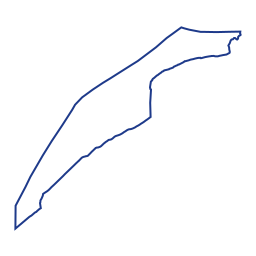 outline of Makanza, Équateur, Democratic Republic of the Congo
{"feature_id": "63176286B16264123188485", "entity_name": "Makanza", "entity_type": "district", "adm_level": 2, "iso_a3": "COD", "parent_name": "Democratic Republic of the Congo", "parent_adm1": "Équateur", "projection": "albers", "projection_center": [19.154, 1.264], "detail": "fine", "context": "isolated", "style": "outline", "palette": "blue", "viewbox_px": 256, "rotation_deg": 0, "n_neighbors": 0, "source": "geoboundaries", "source_scale": "gbopen_adm2", "svg_char_len": 2722}
<svg xmlns="http://www.w3.org/2000/svg" viewBox="0 0 256 256"><path d="M150.6,117.0L150.2,102.8L151.0,89.6L150.6,89.2L150.4,89.0L150.5,88.9L150.3,88.3L150.0,87.4L150.3,85.3L150.9,81.6L151.6,80.9L152.1,80.4L152.0,80.2L152.8,78.9L154.4,77.7L155.5,76.7L157.0,75.4L157.6,75.2L158.2,74.7L159.6,73.6L161.0,72.7L162.2,71.6L163.2,71.2L163.4,71.2L163.7,70.9L164.2,70.4L166.0,70.0L167.6,69.6L168.8,69.3L169.1,69.2L169.3,68.9L171.4,68.2L173.0,67.6L173.9,66.7L174.0,66.7L176.3,65.6L176.5,65.5L176.9,65.4L177.6,65.1L178.1,64.7L178.3,64.5L179.0,64.5L183.7,62.1L183.8,61.9L184.8,61.2L185.0,61.3L188.8,60.3L189.5,60.0L189.8,59.9L190.7,59.6L193.3,59.1L194.6,58.7L196.7,58.2L198.3,57.9L198.9,57.9L200.4,57.8L200.6,58.0L200.8,58.2L201.5,58.1L205.1,57.1L206.7,56.8L209.0,56.4L211.2,56.1L211.4,56.0L211.7,56.0L212.2,56.0L213.8,55.9L214.7,56.2L215.3,56.3L217.3,56.3L217.9,56.3L220.0,55.7L220.7,55.6L223.0,55.1L226.6,54.5L226.9,54.3L229.5,52.9L229.8,52.0L229.5,50.4L229.3,49.7L229.1,47.3L228.6,46.0L228.4,45.5L229.8,43.1L230.2,41.9L230.7,40.5L231.2,39.9L231.3,39.7L231.6,39.5L232.1,39.4L232.9,39.3L233.8,38.3L234.1,38.0L235.0,38.0L236.7,39.4L237.2,39.5L238.0,38.7L238.2,36.8L238.6,36.4L239.0,35.9L240.5,35.1L240.6,34.6L240.4,34.0L240.1,33.5L240.1,33.2L240.3,31.6L229.0,31.8L216.4,32.1L211.2,32.0L205.5,31.9L200.8,31.9L189.3,29.7L184.1,28.3L181.3,27.4L172.4,33.9L166.7,38.0L156.0,47.3L137.8,61.0L131.7,64.8L117.0,74.1L110.4,78.3L103.0,82.8L92.9,89.5L82.2,97.3L75.1,104.7L72.2,109.8L62.3,125.2L51.7,141.1L42.8,155.4L30.4,176.8L25.5,186.9L15.6,205.7L15.4,228.6L29.4,216.8L29.9,216.5L30.6,216.0L30.8,215.9L31.3,215.7L34.5,212.9L35.3,212.3L36.3,211.9L36.8,211.4L37.3,210.8L38.2,210.1L38.7,209.6L39.5,209.0L39.8,208.8L40.8,208.2L40.0,203.0L40.4,202.1L40.4,201.1L40.5,200.4L41.0,199.5L41.5,198.7L42.8,195.7L42.9,195.1L43.1,193.9L45.3,192.4L47.2,191.2L48.7,190.0L50.3,188.4L51.4,187.2L52.6,186.1L54.0,184.8L59.7,179.3L62.9,176.2L65.2,173.8L72.6,166.7L76.3,163.1L79.5,160.1L81.2,158.3L82.1,157.5L83.4,156.9L85.0,156.5L85.9,156.2L86.9,156.1L87.8,155.8L89.0,154.6L90.2,153.4L91.3,152.2L92.1,151.4L93.2,150.4L94.2,149.4L94.9,148.8L95.6,148.0L96.5,147.7L97.0,147.5L98.0,147.5L98.9,147.2L100.0,146.8L101.0,146.2L102.7,144.6L103.8,143.5L104.9,142.7L105.5,142.1L107.0,141.2L108.0,140.4L108.7,139.9L110.1,139.7L111.4,139.3L112.7,138.4L113.9,137.3L114.6,136.7L115.6,136.1L116.8,135.7L117.8,135.4L118.7,135.1L120.0,134.6L121.7,133.7L122.8,133.0L124.0,132.1L125.4,131.3L126.4,130.6L127.3,130.0L128.2,129.6L129.0,129.3L130.1,129.2L131.2,129.0L132.7,128.5L134.0,127.9L135.2,127.3L136.5,126.4L138.1,125.6L139.6,124.7L141.0,123.7L142.5,122.8L144.0,121.8L145.7,120.5L147.2,119.5L148.6,118.5L149.6,117.7L150.6,117.0Z" fill="none" stroke="#1e3a8a" stroke-width="2"/></svg>